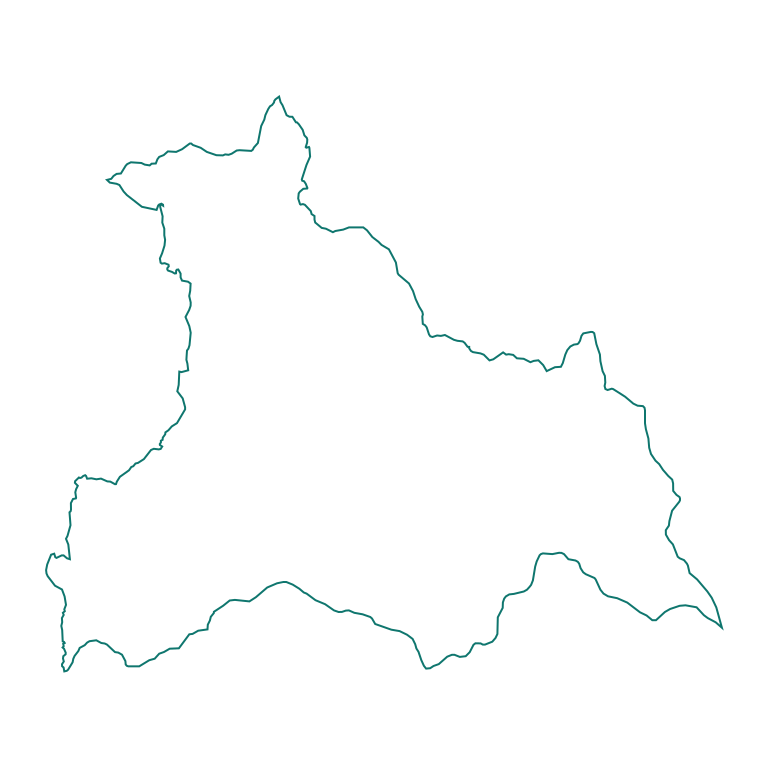 outline of Aranzazu, Caldas, Colombia
{"feature_id": "7082276B40777763958503", "entity_name": "Aranzazu", "entity_type": "district", "adm_level": 2, "iso_a3": "COL", "parent_name": "Colombia", "parent_adm1": "Caldas", "projection": "natural_earth1", "projection_center": [-75.49, 5.279], "detail": "fine", "context": "isolated", "style": "outline", "palette": "teal", "viewbox_px": 768, "rotation_deg": 0, "n_neighbors": 0, "source": "geoboundaries", "source_scale": "gbopen_adm2", "svg_char_len": 6049}
<svg xmlns="http://www.w3.org/2000/svg" viewBox="0 0 768 768"><path d="M721.9,627.7L716.3,607.4L711.7,597.7L707.3,591.4L697.1,579.4L689.6,573.1L687.9,565.6L686.9,563.6L684.0,560.1L679.7,558.3L677.7,556.7L672.9,544.4L669.1,540.2L665.9,534.6L665.8,530.2L668.9,525.6L669.4,521.1L672.1,510.7L679.3,501.7L680.0,500.2L680.0,498.4L679.5,497.0L676.5,494.9L673.2,490.9L673.1,483.4L672.2,479.6L668.2,475.9L663.0,469.9L659.2,464.1L655.5,460.7L651.0,454.0L649.2,447.8L648.4,438.5L645.9,429.2L645.0,423.3L645.0,410.3L644.5,407.7L642.9,406.1L637.6,405.7L633.3,403.6L625.1,396.7L613.2,389.1L611.8,388.7L607.6,390.0L605.4,389.0L604.6,386.0L605.3,382.6L604.9,375.9L602.6,371.2L600.4,361.2L599.9,354.5L596.4,344.2L594.2,333.2L592.6,332.0L590.9,331.9L583.3,333.4L581.5,335.8L580.0,340.8L578.4,343.4L577.4,344.1L573.9,344.6L570.3,346.5L567.3,350.1L565.3,354.6L562.8,363.1L560.9,366.8L555.0,367.2L546.7,371.1L543.2,365.1L538.4,360.3L533.7,360.9L530.4,362.2L523.7,358.8L516.9,358.3L513.2,354.9L508.8,354.2L506.1,354.6L503.1,352.4L493.3,359.3L489.5,360.4L483.8,354.7L480.5,353.4L472.9,352.1L470.9,350.9L469.2,348.3L469.2,346.9L467.6,346.8L464.6,342.8L462.7,341.4L457.4,340.8L453.9,339.8L444.9,335.0L440.9,335.9L437.1,335.5L432.5,337.0L430.3,336.3L429.0,334.4L426.7,327.4L425.1,325.3L422.8,323.9L422.3,316.5L422.9,314.4L422.3,311.8L419.2,306.7L415.7,299.2L413.0,291.0L409.0,283.5L398.6,274.7L397.7,273.2L395.9,262.5L388.9,249.3L381.5,244.9L378.6,241.9L372.4,237.1L367.0,230.3L363.3,227.4L349.0,227.4L343.2,229.6L335.3,231.0L332.9,232.2L325.9,228.7L321.7,227.9L315.2,222.5L314.5,219.6L314.5,216.0L311.6,214.1L310.8,211.1L304.9,204.8L303.0,204.1L300.6,204.6L300.0,204.1L298.2,198.5L298.7,193.4L299.9,191.7L303.3,188.8L307.2,188.5L307.4,188.0L305.8,183.9L304.1,181.3L302.2,180.7L301.8,179.4L306.5,164.9L310.1,156.6L309.4,147.9L309.0,147.0L306.3,147.7L305.7,147.1L307.1,142.7L307.3,139.6L306.8,137.9L304.4,135.4L302.7,129.9L298.8,124.2L297.0,122.4L295.9,122.3L292.4,116.8L289.4,116.7L286.6,115.2L282.5,105.2L280.6,102.2L279.1,96.6L275.4,99.4L274.3,100.9L274.0,102.5L272.1,105.0L270.0,106.3L268.3,108.9L265.4,115.1L264.3,119.6L261.2,126.0L257.9,143.0L253.9,147.5L252.8,149.7L251.3,150.9L239.6,150.2L236.7,150.5L231.7,153.7L228.6,154.8L225.2,154.4L222.9,155.4L216.4,155.2L206.8,151.9L200.7,147.8L192.9,145.0L191.2,143.5L189.8,143.5L182.1,149.2L176.2,151.9L167.9,151.4L163.7,155.1L159.2,156.9L157.4,159.3L155.8,163.5L151.6,163.7L149.7,165.4L144.7,164.6L141.4,163.0L130.9,162.3L127.2,164.1L125.7,165.7L120.9,173.5L116.6,173.9L113.5,176.0L111.3,178.8L107.0,179.9L109.8,182.6L116.6,183.8L119.4,185.0L123.6,191.5L126.9,195.1L141.9,206.8L156.6,209.9L158.2,205.5L159.2,204.5L161.4,203.7L163.0,204.7L163.1,205.7L161.5,204.6L160.2,204.8L160.2,206.9L162.6,216.3L162.3,222.6L164.3,228.7L164.3,235.3L165.1,239.8L164.5,245.6L162.1,253.3L159.9,258.5L160.6,262.7L161.9,263.6L164.7,263.2L168.5,264.7L168.8,266.3L167.3,268.2L167.3,269.5L168.1,270.6L172.0,271.9L174.7,273.5L176.0,273.3L176.2,270.5L176.9,269.7L178.3,269.5L180.6,273.6L180.6,277.4L182.0,280.6L188.0,281.7L190.6,283.6L190.2,290.8L189.2,296.0L190.7,302.5L190.6,305.8L189.2,309.9L185.5,317.0L189.3,326.1L190.7,332.7L189.5,345.2L188.4,348.7L187.0,350.5L186.6,356.3L186.4,359.8L187.4,363.6L188.2,370.3L181.5,372.1L179.3,371.6L178.7,384.9L177.3,391.3L182.7,398.4L185.1,407.2L185.1,409.4L177.0,423.1L171.8,426.4L168.4,430.3L165.4,432.4L165.2,434.3L162.8,437.6L162.6,439.8L160.9,440.7L160.9,442.5L159.8,444.0L159.9,445.0L162.2,446.5L160.7,448.9L158.8,449.4L153.8,448.8L151.0,450.0L143.9,459.1L138.0,462.9L135.5,463.5L133.3,466.2L131.3,467.0L129.0,470.3L119.9,476.8L116.8,481.7L116.0,484.1L115.0,484.2L110.3,481.6L107.3,481.4L101.0,478.6L96.4,479.3L91.4,478.3L87.1,478.7L86.1,476.0L85.2,475.2L83.2,476.0L81.5,477.6L80.0,478.0L78.9,477.5L75.1,481.2L74.9,482.8L77.8,485.8L76.1,489.2L75.3,492.3L76.1,497.6L75.9,498.4L73.0,499.0L70.9,503.1L71.0,509.6L70.6,511.3L69.5,512.3L70.5,525.2L67.5,535.9L66.0,538.8L68.3,544.5L69.9,559.2L67.0,558.3L63.6,555.4L61.7,555.4L56.5,557.9L55.3,557.2L54.2,553.7L51.1,554.7L47.2,564.5L46.1,570.1L46.5,573.5L47.7,576.2L55.0,585.7L62.0,589.5L64.6,596.5L66.0,604.9L64.3,609.3L64.8,611.2L62.9,612.8L63.7,614.9L61.9,618.1L62.2,622.2L61.3,625.9L62.2,630.1L62.7,641.4L64.0,641.9L64.7,643.0L63.2,643.8L63.7,646.2L62.6,647.5L64.0,648.7L65.7,652.7L65.6,654.3L63.3,656.2L63.0,658.5L63.8,661.5L62.0,664.2L62.1,666.2L63.6,667.5L64.3,671.4L66.8,670.8L68.1,669.7L72.6,662.3L73.3,658.8L74.6,655.9L78.3,651.1L79.7,647.9L84.7,645.2L87.1,642.6L89.5,641.2L96.3,640.3L101.3,643.0L104.7,643.5L107.0,644.6L115.0,652.1L118.3,652.6L122.0,654.7L125.4,661.1L125.7,664.5L126.8,665.8L128.2,666.3L139.3,666.3L149.3,660.2L154.7,658.7L159.2,653.7L164.0,652.0L169.7,648.7L178.9,648.3L189.3,634.3L192.6,633.9L198.2,630.7L207.5,629.4L207.8,624.7L209.9,620.5L210.8,616.8L213.8,613.1L213.9,611.8L223.2,605.7L229.7,600.5L234.9,599.9L249.4,601.4L255.9,597.2L267.2,587.5L277.0,583.3L283.1,582.0L286.3,582.0L292.7,584.6L299.3,588.7L303.8,592.5L306.6,593.6L315.5,600.2L325.1,604.2L334.0,610.4L338.6,612.0L342.0,611.9L345.8,610.6L348.9,610.4L354.3,612.8L362.6,614.3L370.3,617.0L372.0,618.5L375.2,624.0L391.4,629.7L399.6,631.1L407.0,634.7L412.6,638.9L415.2,644.2L416.4,648.5L418.5,651.8L421.3,660.1L423.9,665.8L426.1,668.6L430.2,668.2L433.5,666.0L438.8,664.1L447.2,656.7L451.9,654.8L454.5,654.8L459.8,656.9L465.7,656.2L469.7,652.2L473.5,644.8L475.4,643.3L480.6,643.4L482.8,644.6L485.0,644.6L492.3,641.7L495.5,638.0L497.4,634.0L497.8,617.3L502.7,607.9L502.9,602.4L504.2,598.6L505.9,596.4L509.3,594.4L513.9,593.9L523.8,591.5L527.0,589.7L529.7,586.7L531.1,584.9L532.9,580.4L535.2,566.5L536.7,561.4L539.6,555.3L540.9,554.1L542.9,553.4L552.4,554.1L559.0,552.8L561.5,552.9L564.0,554.1L568.4,559.2L575.5,560.5L577.8,561.8L579.2,563.7L580.6,568.2L583.2,572.3L585.8,574.2L594.5,578.0L595.7,579.5L600.4,589.7L603.5,593.6L608.0,596.3L617.2,598.2L627.3,602.6L640.0,612.3L646.6,615.5L652.3,620.2L656.0,620.2L664.9,612.0L670.1,609.0L679.6,605.8L685.5,605.3L696.6,607.3L703.9,615.2L707.8,618.1L715.7,622.3L721.9,627.7Z" fill="none" stroke="#0f766e" stroke-width="2"/></svg>